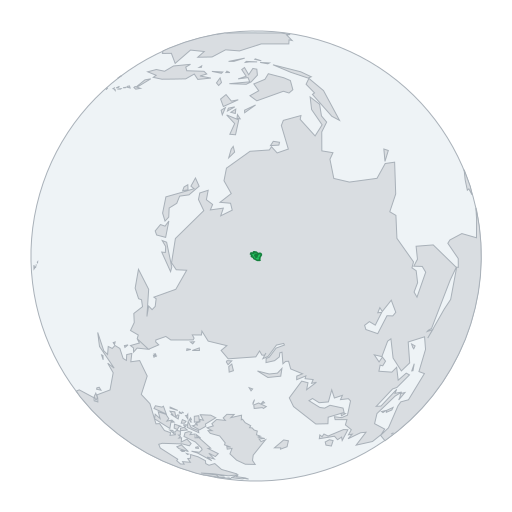 globe centered on Selenge, rotated 196°
{"feature_id": "MNG-3326", "entity_name": "Selenge", "entity_type": "Province", "adm_level": 1, "iso_a3": "MNG", "parent_name": "Mongolia", "parent_adm1": "", "projection": "orthographic", "projection_center": [106.313, 49.491], "detail": "fine", "context": "on_globe", "style": "filled", "palette": "green", "viewbox_px": 512, "rotation_deg": 196, "n_neighbors": 0, "source": "natural_earth", "source_scale": "10m", "svg_char_len": 13822}
<svg xmlns="http://www.w3.org/2000/svg" viewBox="0 0 512 512"><g transform="rotate(196 256 256)"><circle cx="256" cy="256" r="225" fill="#eef3f6" stroke="#a8b0b8"/><path d="M385.9,72.0L386.2,72.2L391.5,76.6L389.0,78.6L372.7,75.1L371.6,72.2L367.8,72.1L369.0,75.9L370.7,78.6L359.4,87.0L361.1,104.4L369.0,112.1L361.4,109.1L381.5,125.9L387.1,138.9L376.2,122.9L371.5,120.4L373.1,128.3L368.7,127.5L366.9,131.1L361.4,129.6L355.5,120.9L351.8,119.9L353.1,125.6L348.5,128.1L347.2,119.8L339.0,123.4L327.5,110.6L328.1,91.3L317.2,84.8L305.9,67.1L302.4,68.3L295.9,63.0L289.4,62.6L289.2,59.9L284.2,62.0L285.7,64.6L284.0,66.5L280.4,66.7L279.4,63.1L281.1,62.5L278.9,61.5L280.0,59.7L277.4,60.7L276.6,56.6L271.9,60.9L266.7,57.9L267.7,55.2L274.8,55.1L294.5,50.1L297.6,48.2L295.1,45.0L275.2,39.1L275.8,37.4L271.3,35.3L267.7,36.1L269.9,38.1L262.2,39.6L265.8,42.4L263.2,43.6L264.1,47.1L256.3,47.0L248.2,45.3L247.1,42.6L243.5,41.9L238.4,45.1L230.3,41.3L214.5,41.3L213.3,40.5L222.0,37.1L237.7,34.8L249.1,32.2L233.9,34.6L231.0,33.4L227.3,33.7L223.0,34.4L221.0,35.2L218.4,35.2L232.4,32.3L234.9,32.3L230.5,33.1L237.9,32.2L247.3,31.1L245.1,31.0L254.0,30.7L271.6,31.3L289.0,33.2L306.3,36.4L323.2,41.0L339.8,46.9L355.8,54.0L371.2,62.4L385.9,72.0ZM467.0,186.0L465.4,183.4L465.8,182.2L467.0,186.0ZM464.7,183.8L465.2,184.3L464.9,184.3L464.7,183.8ZM464.7,185.1L464.7,184.2L464.9,185.6L464.7,185.1ZM464.9,187.4L464.7,186.0L464.8,186.3L464.9,187.4ZM464.5,189.8L464.3,190.3L464.0,188.7L464.5,189.8ZM372.2,80.0L369.5,76.2L370.0,73.2L372.8,76.4L372.2,80.0ZM370.6,86.6L368.0,84.3L372.5,84.0L372.6,85.4L370.6,86.6ZM375.7,118.2L374.3,114.1L377.2,118.4L375.7,118.2ZM367.6,131.8L369.4,133.4L367.7,134.6L367.6,131.8ZM268.3,47.0L266.2,47.0L267.1,46.3L268.3,47.0ZM270.6,48.5L273.2,47.7L274.6,48.3L273.0,48.8L270.6,48.5ZM357.8,133.6L354.5,135.3L356.8,132.0L357.8,133.6ZM267.1,49.4L276.9,49.6L279.5,50.8L275.6,53.8L267.1,49.4ZM352.0,135.3L344.1,140.2L347.4,143.7L333.6,136.7L344.9,134.7L347.2,129.9L348.5,133.9L352.0,135.3ZM287.8,65.4L286.0,62.6L290.9,64.9L287.8,65.4ZM291.3,66.5L308.6,71.5L309.3,76.1L303.4,73.3L307.0,79.3L298.9,79.0L295.0,75.6L296.2,72.7L292.2,74.8L291.3,66.5ZM327.2,132.2L324.4,132.3L326.2,130.6L327.2,132.2ZM283.7,67.5L287.2,68.0L288.0,71.9L281.3,71.6L283.2,70.4L283.7,67.5ZM312.0,81.3L311.4,84.3L304.7,84.8L303.6,86.1L298.7,79.4L312.0,81.3ZM281.1,69.6L277.9,71.5L274.1,69.8L280.4,67.3L281.1,69.6ZM291.1,73.0L291.2,74.9L288.9,73.8L291.1,73.0ZM259.0,65.7L263.1,65.9L263.9,67.8L259.0,65.7ZM276.9,72.3L278.2,72.9L279.0,73.7L276.2,74.6L276.9,72.3ZM294.3,80.4L291.6,80.0L295.9,83.1L291.1,83.8L288.7,79.3L287.7,81.6L286.2,81.8L285.9,77.9L294.3,80.4ZM275.6,78.3L271.0,73.2L263.2,72.3L262.3,70.4L274.9,72.3L275.6,78.3ZM281.7,78.4L277.7,77.9L278.6,75.6L281.8,74.7L281.7,78.4ZM288.6,86.0L296.7,86.1L296.9,87.1L288.6,86.0ZM273.2,78.4L274.4,79.7L272.5,78.6L273.2,78.4ZM283.6,84.1L286.5,83.9L286.7,85.1L283.6,84.1ZM274.3,82.4L272.8,80.7L275.0,79.9L274.3,82.4ZM278.5,83.5L278.0,85.2L276.7,80.7L279.7,83.2L278.5,83.5ZM283.4,85.2L284.4,85.8L282.2,85.2L283.4,85.2ZM267.0,86.7L264.8,81.2L269.5,79.3L271.1,84.9L267.0,86.7ZM81.1,114.0L86.8,117.9L81.3,127.3L78.2,151.1L76.6,155.7L69.8,159.8L61.7,189.4L67.5,189.8L67.3,213.0L71.7,224.8L86.0,215.3L78.8,195.6L84.6,185.6L96.1,195.7L103.5,213.6L106.0,210.4L107.3,194.0L115.1,193.6L108.5,188.1L106.6,193.7L102.5,190.6L103.9,185.4L106.6,185.3L106.1,179.1L93.4,181.8L90.1,187.8L85.1,175.8L79.3,184.8L75.7,184.0L84.3,168.5L88.1,165.8L99.0,144.6L94.5,146.2L84.0,166.6L84.6,162.3L78.4,165.4L83.6,159.8L96.3,137.9L95.8,127.5L84.6,125.1L86.5,118.8L92.9,109.8L107.6,101.8L101.7,116.9L106.8,114.9L117.1,105.7L114.4,111.3L117.8,109.6L116.5,115.3L123.5,118.3L123.5,123.8L134.8,120.5L136.3,123.1L129.2,124.2L124.2,128.2L125.2,142.8L127.9,144.3L135.2,141.2L134.5,145.9L141.5,141.1L146.3,148.2L146.2,135.7L154.8,132.4L162.4,134.6L165.2,131.5L152.9,128.0L148.0,128.7L143.7,132.9L130.4,133.8L128.2,129.9L142.2,120.9L140.6,114.6L152.2,111.0L178.4,121.6L184.9,128.8L177.6,148.3L171.1,148.5L170.5,141.4L163.1,151.3L167.5,148.9L167.0,153.0L175.0,151.6L175.0,154.5L182.8,148.3L183.7,151.8L178.8,155.6L191.5,157.0L195.7,163.8L198.5,162.8L200.4,159.8L204.5,170.7L206.4,169.5L205.8,165.4L209.3,160.5L217.0,156.3L218.0,160.3L215.4,162.3L211.3,173.0L204.1,178.3L205.3,179.6L211.8,176.0L216.7,162.9L221.1,159.2L219.7,165.5L220.5,162.9L223.0,162.4L226.4,165.7L228.4,159.0L254.4,149.5L263.5,155.6L259.3,161.8L278.5,161.0L287.3,168.9L286.7,165.0L295.5,162.6L292.9,160.0L293.3,158.0L314.7,151.8L320.5,153.8L329.1,147.7L328.8,145.8L325.0,143.8L333.6,136.7L347.4,143.7L347.4,147.6L356.1,149.8L354.7,158.5L357.6,167.1L351.1,176.0L354.0,182.4L357.1,182.6L363.3,191.8L365.3,210.8L350.0,194.4L344.2,167.8L345.4,178.3L341.1,175.8L339.0,179.7L340.2,187.4L342.8,188.3L323.9,201.9L318.7,223.2L328.9,220.8L335.3,226.2L338.3,250.6L318.7,285.2L326.9,294.5L327.4,301.1L320.1,306.0L319.2,296.4L311.9,293.6L312.6,287.7L300.6,293.0L301.0,284.9L291.5,293.5L295.0,299.7L305.4,297.7L297.0,309.2L307.5,319.5L308.6,332.3L290.6,355.0L272.4,361.6L271.2,365.3L264.1,360.9L254.4,367.7L267.6,388.4L267.1,393.9L251.5,403.4L251.2,399.5L232.3,387.7L228.6,400.3L242.9,412.1L247.8,423.8L236.7,419.4L231.7,408.7L225.0,404.2L227.0,393.4L221.7,375.2L210.5,376.5L211.6,369.4L202.6,352.0L186.6,352.8L161.1,364.0L157.3,380.5L148.6,384.4L138.8,354.1L139.6,335.4L132.7,333.6L125.4,311.8L103.0,293.8L102.8,287.6L98.0,286.0L93.3,274.9L94.1,264.9L89.9,260.8L88.4,287.2L93.3,291.8L101.5,289.7L99.9,297.4L104.8,309.5L88.7,315.5L60.4,300.3L62.7,286.5L67.3,234.7L70.0,232.0L70.2,231.5L70.6,230.6L65.8,234.0L68.3,224.4L60.4,256.9L56.9,267.9L60.0,300.6L58.4,300.8L60.9,309.3L75.1,321.1L74.0,324.9L64.3,334.3L49.1,334.3L54.1,352.2L57.9,362.9L56.5,360.6L49.4,345.8L43.4,330.5L38.6,314.9L34.8,298.9L32.3,282.7L31.0,266.4L30.8,250.0L31.8,233.6L34.1,217.4L37.5,201.3L42.0,185.6L47.7,170.2L54.5,155.3L62.4,140.9L71.3,127.1L81.1,114.0ZM77.1,122.0L75.1,124.0L77.1,122.0ZM106.1,240.4L113.8,250.8L119.3,237.5L122.7,240.5L123.3,235.0L119.6,236.5L122.3,222.4L128.9,224.2L132.5,219.3L130.1,215.6L117.6,214.9L113.6,234.7L108.0,236.1L106.1,240.4ZM230.2,33.5L229.0,33.8L224.6,34.4L226.6,33.9L230.2,33.5ZM205.2,39.7L201.6,39.5L205.6,39.1L207.7,38.0L218.8,36.1L213.2,40.1L213.8,38.5L205.2,39.7ZM232.0,35.3L225.6,35.7L232.9,35.1L232.0,35.3ZM138.2,96.3L134.8,99.6L131.0,99.8L131.2,94.1L136.6,93.5L138.2,96.3ZM130.9,104.4L144.8,97.8L145.3,101.6L142.7,100.5L141.6,103.6L137.1,102.8L124.0,113.3L119.8,114.3L122.3,102.4L123.8,105.5L127.0,101.9L130.9,104.4ZM179.4,78.4L185.4,76.7L178.7,86.8L173.9,87.3L173.6,81.2L179.2,77.1L179.4,78.4ZM258.3,55.2L261.0,54.7L261.3,55.5L259.2,56.7L258.3,55.2ZM260.8,65.6L246.6,58.8L249.0,57.7L237.8,55.6L239.8,52.0L247.0,53.4L240.2,49.4L247.5,49.3L242.1,47.0L257.9,50.5L264.2,50.6L256.4,51.7L254.4,54.9L255.4,56.3L263.0,60.5L275.5,62.7L275.5,66.5L272.2,68.7L269.2,68.8L270.2,66.1L265.5,68.1L264.5,64.4L260.8,65.6ZM233.3,97.7L235.6,93.7L226.0,99.0L225.0,94.5L224.0,95.4L220.5,92.8L214.3,91.4L214.9,89.2L212.3,89.7L209.9,88.2L206.5,88.1L206.3,84.3L202.1,84.0L204.5,82.4L197.3,83.0L202.6,80.9L200.0,79.0L196.2,82.0L203.8,63.8L203.0,58.5L199.3,55.4L208.9,52.9L218.4,54.4L226.5,58.6L226.0,64.4L230.4,62.4L231.5,64.7L227.6,65.3L234.3,65.8L234.1,67.9L241.3,73.0L251.1,72.9L254.0,74.9L250.1,76.0L255.7,77.4L250.2,80.9L252.2,82.6L248.8,88.0L240.1,89.5L242.9,91.3L240.4,95.7L233.3,97.7ZM265.8,88.1L255.6,90.5L250.1,89.4L258.3,80.5L257.3,78.5L262.4,73.3L270.4,75.2L268.2,76.4L267.9,78.2L265.5,76.9L267.2,79.2L264.2,81.1L264.7,83.5L261.3,83.6L265.8,88.1ZM79.2,156.9L78.7,159.8L79.1,163.6L75.2,165.8L79.2,156.9ZM87.6,141.7L87.8,143.7L82.5,148.2L83.0,145.4L87.6,141.7ZM92.5,141.1L88.3,143.4L90.8,140.5L92.5,141.1ZM129.9,125.9L130.7,128.0L129.0,129.1L126.5,129.2L129.9,125.9ZM204.6,114.1L206.8,111.5L208.2,112.0L215.7,108.9L217.1,112.2L213.0,115.4L204.6,114.1ZM82.2,214.3L78.3,213.4L78.8,210.3L80.0,211.2L82.2,214.3ZM74.6,188.5L74.2,196.1L73.5,189.0L74.6,188.5ZM207.3,117.2L210.3,115.5L209.1,118.2L207.3,117.2ZM218.4,114.5L217.8,117.6L218.1,112.3L218.4,114.5ZM69.1,381.8L65.2,374.4L69.9,379.2L71.0,377.5L76.1,387.2L79.7,396.3L69.1,381.8ZM304.7,445.1L311.4,444.7L311.1,445.3L304.7,445.1ZM297.6,444.0L305.4,443.2L296.3,445.3L297.6,444.0ZM308.4,442.9L316.3,440.6L319.7,439.1L319.0,440.4L308.4,442.9ZM292.4,444.5L263.7,445.4L252.3,443.5L255.0,441.4L273.4,442.2L292.4,444.5ZM254.1,441.3L236.7,433.6L213.1,409.4L221.6,411.2L246.3,426.9L244.7,428.9L255.2,434.9L254.1,441.3ZM296.1,428.3L294.4,434.6L278.5,435.0L271.3,434.1L266.4,426.0L269.2,421.8L275.1,421.9L298.0,405.4L306.0,408.4L298.9,415.6L305.5,420.8L296.1,428.3ZM158.1,382.5L162.6,394.1L157.9,393.9L158.1,382.5ZM307.2,393.0L298.0,401.1L306.4,390.6L307.2,393.0ZM312.2,383.0L312.8,386.8L309.0,383.5L312.2,383.0ZM271.0,371.0L264.7,371.8L264.6,368.9L272.5,366.1L271.0,371.0ZM309.3,342.9L309.3,351.9L308.1,355.1L305.2,350.0L309.3,342.9ZM222.9,145.9L210.8,146.2L203.1,149.3L200.1,155.1L199.1,147.3L211.1,142.5L222.9,145.9ZM250.4,148.5L252.9,143.8L255.3,146.0L255.0,147.4L250.4,148.5ZM249.5,145.5L246.1,139.5L249.8,137.0L251.7,142.2L249.5,145.5ZM226.3,127.5L222.6,127.3L223.6,125.0L226.3,127.5ZM355.0,458.4L354.2,458.7L349.4,461.0L354.8,458.1L347.5,461.8L345.0,462.3L337.2,464.8L293.4,477.3L284.2,478.3L287.4,476.9L280.7,473.1L283.8,472.9L282.9,468.9L309.3,461.4L328.4,448.6L342.1,445.8L353.1,435.2L366.8,431.0L362.1,438.3L375.7,435.9L386.8,418.9L393.2,427.5L401.8,424.9L401.9,427.5L396.6,432.0L383.4,441.8L369.5,450.6L355.0,458.4ZM434.8,392.2L436.4,390.5L438.1,388.6L435.7,391.7L434.8,392.2ZM445.3,376.2L445.9,375.8L445.2,376.9L445.3,376.2ZM444.8,376.8L446.0,374.5L445.6,375.7L444.8,376.8ZM438.1,379.0L439.2,377.3L439.6,377.4L438.1,379.0ZM321.4,443.1L330.9,437.0L336.0,435.5L321.4,443.1ZM436.8,379.0L434.1,381.4L434.5,380.3L436.8,379.0ZM437.1,377.0L436.9,376.2L438.3,377.2L437.1,377.0ZM432.2,379.1L435.3,378.2L431.8,379.7L432.2,379.1ZM430.2,381.1L427.8,382.2L428.0,381.7L430.2,381.1ZM401.8,402.2L410.9,403.2L403.2,407.8L394.8,408.4L387.7,415.9L371.8,422.2L375.6,418.2L373.6,415.0L356.9,419.2L353.5,417.4L359.5,413.6L348.4,414.6L360.6,409.7L365.5,413.9L372.4,406.9L384.1,403.3L395.2,400.0L404.0,399.4L401.8,402.2ZM360.5,422.3L362.6,421.6L360.6,423.8L360.5,422.3ZM423.3,382.8L426.7,382.7L426.3,383.7L424.5,384.6L423.3,382.8ZM406.0,397.3L415.5,387.0L417.7,385.6L411.3,394.7L406.0,397.3ZM413.3,385.3L417.6,383.2L419.8,384.3L418.9,385.6L413.3,385.3ZM335.5,424.0L334.9,425.7L331.7,425.1L335.5,424.0ZM339.6,422.1L349.3,421.3L338.7,423.7L339.6,422.1ZM310.0,421.7L312.9,425.3L322.0,421.3L315.0,426.1L321.1,431.3L319.0,434.0L313.0,428.2L310.7,435.4L306.7,435.8L304.5,430.2L308.6,422.1L312.7,418.4L329.1,414.3L310.0,421.7ZM339.6,417.3L337.0,413.2L338.9,409.6L341.7,411.5L339.6,417.3ZM329.3,402.9L322.4,398.1L316.1,401.3L328.6,390.7L333.3,397.1L329.3,402.9ZM323.3,390.5L317.5,393.5L323.4,387.5L323.3,390.5ZM315.9,391.6L315.2,387.3L319.8,387.2L315.9,391.6ZM326.3,390.2L327.3,382.4L329.7,386.5L326.3,390.2ZM313.0,377.4L323.1,383.5L310.1,382.1L309.1,366.9L314.7,365.8L313.0,377.4ZM341.2,305.7L339.6,300.9L344.5,298.6L344.2,302.5L341.2,305.7ZM358.9,288.0L345.2,296.5L334.1,303.6L337.8,305.2L335.7,314.3L329.9,307.4L337.3,296.3L345.9,292.5L346.7,284.8L352.7,278.2L350.6,269.3L353.1,264.5L357.6,271.5L358.9,288.0ZM349.4,265.6L348.0,249.0L357.3,248.8L359.8,252.3L356.5,259.9L351.7,259.6L349.4,265.6ZM350.4,245.0L345.7,244.6L333.9,222.1L333.8,217.4L347.7,233.8L344.1,234.4L345.4,240.2L350.4,245.0ZM325.6,134.3L324.5,132.5L327.0,133.6L325.6,134.3ZM291.6,156.6L292.6,154.1L295.4,155.3L291.6,156.6ZM296.8,147.8L292.9,148.2L296.6,146.1L296.8,147.8ZM284.3,149.6L291.2,147.6L285.2,152.0L284.3,149.6Z" fill="#d9dde1" stroke="#a8b0b8" stroke-width="1"/><path d="M253.5,252.1L254.3,252.3L254.7,252.3L254.9,252.4L255.0,252.4L255.3,252.5L255.6,252.7L255.7,252.8L255.8,252.8L256.3,252.7L256.6,252.7L256.9,252.7L257.1,252.8L257.6,253.2L257.7,253.3L257.8,253.5L258.0,253.8L258.2,254.0L258.3,254.0L258.5,253.9L258.7,254.1L259.6,254.1L259.8,254.2L260.0,254.2L260.2,254.3L260.1,254.5L260.2,254.8L260.2,255.0L260.1,255.3L260.3,255.3L260.3,255.5L260.6,255.7L260.8,255.7L260.9,255.8L261.0,255.9L261.0,256.0L261.5,256.4L261.7,256.6L261.8,256.6L261.7,257.0L261.7,257.4L261.2,257.4L260.9,257.5L260.7,257.7L260.7,257.8L260.3,257.7L260.2,257.6L259.8,257.6L259.7,257.6L259.3,257.8L259.1,258.0L259.3,258.2L259.3,258.3L259.6,258.4L259.6,258.5L259.6,258.9L259.6,259.0L259.5,259.3L259.4,259.3L259.2,259.4L258.9,259.5L258.4,259.7L258.2,259.5L258.2,259.4L257.8,259.5L257.7,259.5L257.4,259.5L257.2,259.8L256.9,259.8L256.7,259.8L256.6,259.7L256.4,259.7L256.0,259.3L255.6,259.2L255.5,259.3L255.4,259.3L255.2,259.2L255.3,258.9L255.2,258.7L254.8,258.5L254.3,258.6L254.1,258.6L253.9,258.7L253.7,258.9L253.8,259.0L253.9,259.3L253.7,259.4L253.5,259.5L253.4,259.6L253.2,259.6L252.8,259.8L252.7,259.8L252.3,259.7L252.1,259.7L251.8,259.5L251.4,259.3L251.3,259.2L251.3,258.9L251.4,258.7L251.2,258.5L251.1,258.4L251.2,258.1L251.4,258.0L251.5,257.9L251.5,257.7L251.4,257.6L251.4,257.3L251.5,257.0L251.6,256.7L251.6,256.4L251.7,256.2L251.8,256.0L251.8,255.9L251.8,255.3L252.0,255.2L251.9,255.1L251.6,254.7L251.5,254.4L251.4,254.2L251.5,254.0L251.7,253.9L251.6,253.6L251.5,253.4L251.3,253.1L251.1,252.9L251.4,252.7L251.6,252.7L251.8,252.7L252.2,252.6L252.3,252.6L252.5,252.4L252.8,252.5L253.0,252.4L253.3,252.2L253.5,252.1ZM256.1,255.9L255.9,255.8L255.7,255.7L255.4,255.5L255.3,255.4L255.5,255.1L255.6,254.9L255.6,254.7L255.3,254.8L255.2,254.9L255.2,255.0L254.9,255.2L254.9,255.3L254.8,255.6L254.9,255.8L254.9,256.0L254.9,256.3L254.8,256.7L254.8,257.0L254.7,257.3L254.9,257.5L255.0,257.5L255.3,257.6L255.5,257.5L255.6,257.4L255.8,257.3L255.9,257.2L256.0,257.2L256.2,257.3L256.3,257.4L256.4,257.5L256.7,257.6L257.0,257.5L257.2,257.4L257.2,257.1L257.2,256.9L257.2,256.7L257.3,256.2L257.2,256.1L257.2,255.9L256.9,255.7L256.5,255.5L256.4,255.7L256.3,255.8L256.2,255.8L256.1,255.9Z" fill="#22c55e" stroke="#15803d" stroke-width="1.5"/></g></svg>